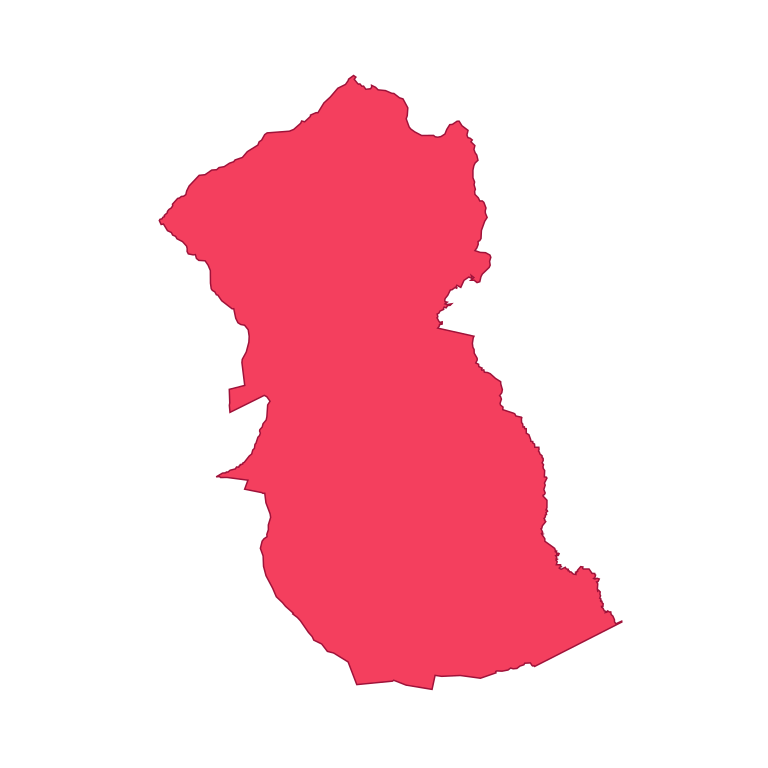 Sacaseni, Satu Mare, Romania (Equal Earth projection), rotated 170°
{"feature_id": "2599482B48586457316120", "entity_name": "Sacaseni", "entity_type": "district", "adm_level": 2, "iso_a3": "ROU", "parent_name": "Romania", "parent_adm1": "Satu Mare", "projection": "equal_earth", "projection_center": [22.68, 47.446], "detail": "fine", "context": "isolated", "style": "filled", "palette": "rose", "viewbox_px": 768, "rotation_deg": 170, "n_neighbors": 0, "source": "geoboundaries", "source_scale": "gbopen_adm2", "svg_char_len": 6146}
<svg xmlns="http://www.w3.org/2000/svg" viewBox="0 0 768 768"><g transform="rotate(170 384 384)"><path d="M566.3,567.4L563.6,565.6L562.7,563.0L557.7,559.2L554.5,554.1L554.3,551.6L554.9,548.7L554.1,546.1L549.5,544.3L547.3,544.2L546.9,540.2L544.9,537.9L538.8,536.4L536.6,531.6L535.3,525.9L537.4,513.4L537.6,507.8L536.8,506.0L534.6,504.1L533.6,501.0L532.2,500.4L529.4,494.2L520.5,484.4L518.9,484.3L518.6,474.5L517.2,469.7L514.8,467.5L511.1,466.1L508.3,461.0L508.5,454.4L509.8,448.7L514.1,439.4L519.3,432.9L520.2,429.8L521.4,406.8L537.3,405.6L539.2,392.1L540.0,389.9L540.6,382.8L503.9,393.6L501.6,391.8L499.2,386.8L502.2,383.6L505.0,372.2L506.3,369.0L510.0,365.9L511.4,362.8L514.2,360.6L514.7,359.3L514.3,357.1L515.5,354.9L517.4,353.5L520.5,347.7L521.5,347.1L522.8,343.1L524.7,341.8L526.5,338.0L529.2,336.5L535.2,331.1L536.6,330.8L537.1,329.7L539.5,329.6L539.4,328.9L540.8,328.5L541.5,327.3L543.6,327.9L545.2,326.2L550.5,325.8L552.9,324.4L554.6,324.7L555.2,324.0L558.5,324.3L565.4,321.7L562.1,321.4L561.2,320.3L554.7,319.2L534.7,312.9L539.5,304.6L523.3,298.3L522.3,297.4L520.4,297.1L520.9,287.5L518.7,275.9L518.8,272.3L522.4,265.3L523.2,260.5L525.5,256.3L525.7,253.9L529.1,252.4L531.3,250.4L534.3,243.6L532.9,235.7L534.3,225.4L533.5,215.7L529.1,202.2L527.0,193.2L521.9,186.3L519.6,182.2L513.1,174.0L513.8,173.4L509.9,169.2L507.4,165.3L501.5,152.4L498.6,147.7L497.6,143.9L490.5,138.8L486.2,130.5L480.4,127.9L467.6,116.5L463.0,92.7L427.2,89.9L425.9,90.6L414.5,83.6L389.7,74.9L384.3,88.2L378.0,86.1L359.5,83.7L340.1,77.5L323.9,80.1L323.9,81.5L322.6,81.8L317.6,80.7L311.5,80.8L308.6,82.3L306.3,81.1L302.5,80.8L299.1,82.6L295.0,83.2L293.9,84.6L288.3,83.9L287.1,81.1L286.3,80.4L285.2,80.6L284.7,79.7L191.1,108.3L191.1,109.2L197.2,107.6L198.3,109.7L198.0,111.9L198.9,115.7L200.3,117.5L200.3,120.2L201.5,120.2L203.1,121.7L204.2,120.5L205.7,120.5L204.9,121.5L206.5,122.4L207.2,125.0L208.4,126.3L208.4,127.2L207.0,127.0L206.3,129.6L207.2,130.6L207.1,131.7L208.0,132.2L207.6,132.7L208.3,133.0L207.7,134.6L208.8,135.6L207.5,137.8L207.9,139.5L207.2,141.7L208.5,143.7L209.5,143.0L209.5,145.0L208.2,150.1L209.0,152.2L207.5,152.3L205.9,154.6L207.9,155.7L210.1,155.3L211.3,156.0L209.9,156.8L208.8,159.1L209.4,159.7L209.4,160.8L212.0,161.4L214.2,166.2L219.8,167.2L220.4,167.9L219.9,169.3L222.0,170.0L225.9,166.8L225.8,166.0L227.9,165.4L227.3,164.7L228.1,164.2L228.1,163.1L230.5,163.9L232.5,166.5L233.8,166.7L234.1,167.8L235.2,168.3L234.7,169.5L236.7,170.3L237.3,172.0L241.7,170.8L243.4,172.1L243.0,172.9L241.1,173.3L241.7,174.4L241.5,175.3L245.7,176.1L244.3,178.9L245.2,180.7L243.7,181.4L244.7,182.1L244.0,183.4L244.7,185.1L242.1,184.9L241.0,186.5L241.6,187.0L243.4,186.5L243.1,187.8L243.7,188.3L243.1,189.3L244.3,189.4L243.8,190.4L244.4,191.1L244.4,192.4L252.9,201.2L252.5,203.7L254.6,208.4L253.5,208.7L254.7,209.5L253.5,210.4L254.5,214.2L253.6,214.6L252.7,216.8L248.6,220.4L249.6,222.2L249.2,222.8L249.7,223.9L248.2,225.1L247.9,226.9L246.6,227.2L246.8,229.3L245.0,230.3L245.3,231.4L246.3,231.9L245.0,234.0L243.7,241.2L246.8,246.0L246.7,246.8L245.2,247.3L244.2,248.7L244.9,252.4L242.8,256.4L243.2,258.6L239.9,263.0L240.2,264.0L242.2,264.7L240.8,270.9L241.8,273.1L241.8,275.0L240.9,276.8L242.0,278.9L240.5,281.0L240.2,283.2L241.1,284.0L240.8,285.8L242.7,288.2L242.8,289.9L243.5,291.0L242.7,292.6L242.5,294.8L246.5,295.5L246.2,298.7L247.8,300.3L247.5,301.5L249.4,302.1L249.2,303.8L250.1,308.9L252.4,310.8L251.7,315.3L253.2,315.6L253.2,317.4L254.5,317.5L254.4,320.7L255.2,322.1L254.7,326.0L254.1,326.8L254.4,327.4L259.7,329.6L260.4,331.9L261.4,332.7L271.5,338.1L270.8,340.6L272.9,343.0L273.1,344.7L271.0,348.7L271.4,351.3L272.2,352.4L269.5,355.0L268.4,357.9L269.0,363.8L268.7,366.0L273.2,370.1L277.6,375.7L280.0,377.3L283.1,378.2L283.3,380.6L285.2,380.6L285.5,381.5L284.6,382.6L287.6,384.7L287.4,387.0L290.0,388.8L288.0,391.5L287.8,393.2L289.8,398.7L289.3,402.4L290.1,404.7L289.9,408.7L288.1,414.0L287.1,415.4L321.4,429.7L319.6,431.3L319.1,432.7L315.7,433.0L317.3,433.5L316.1,433.9L315.9,435.1L318.3,435.0L319.0,436.1L320.3,440.0L319.3,440.8L319.5,443.7L317.7,444.2L316.2,446.1L312.3,447.1L312.3,448.1L311.4,449.3L309.6,448.2L307.7,450.2L305.2,450.0L303.5,451.2L308.2,451.3L310.0,452.3L307.5,453.6L309.6,454.5L309.6,456.1L308.9,457.6L305.8,460.3L302.3,465.1L300.7,465.0L297.3,466.7L295.8,465.7L295.5,466.2L296.3,467.0L295.1,468.6L291.6,465.8L287.2,472.2L281.9,474.6L279.5,473.0L279.0,474.0L279.2,475.7L277.0,473.2L280.5,471.1L277.2,470.5L274.8,467.7L271.9,468.1L269.9,472.8L268.1,475.2L260.2,480.5L258.8,482.6L258.7,486.5L256.8,490.2L257.3,492.6L261.2,495.7L266.4,496.9L271.3,499.6L269.0,501.8L267.0,505.1L266.6,508.0L264.8,508.6L263.2,510.4L261.4,518.3L256.6,526.7L253.5,530.1L254.5,534.7L254.2,537.0L253.0,539.6L254.1,545.5L255.4,547.2L257.9,547.6L258.8,551.0L261.5,554.9L261.3,558.0L260.2,559.9L260.7,564.6L259.7,567.2L260.6,571.6L259.3,579.1L257.6,583.4L255.9,585.8L252.6,588.0L252.9,593.4L254.1,595.9L254.7,599.4L253.1,603.0L256.3,607.4L254.7,609.0L256.4,611.0L258.6,612.1L259.1,614.8L257.2,619.2L262.4,624.8L264.4,629.8L266.4,630.1L271.6,627.8L274.2,628.0L278.0,623.8L280.6,619.6L284.9,617.8L288.2,617.7L290.7,618.6L292.0,620.2L303.8,622.2L310.0,627.0L313.3,630.4L314.6,632.7L316.1,641.3L314.5,644.2L312.6,651.8L315.8,661.5L319.1,663.2L323.8,668.4L325.8,668.9L331.6,672.7L338.7,674.7L340.8,677.7L344.4,680.3L344.6,678.5L346.0,677.1L350.7,677.4L352.4,680.9L354.1,681.1L355.6,683.7L357.1,683.7L357.9,684.7L360.4,689.3L358.4,691.1L360.4,693.1L365.9,690.4L366.7,688.9L369.9,685.7L378.1,683.3L387.1,675.9L394.3,671.3L402.0,662.6L403.8,663.0L409.7,661.6L410.0,660.3L416.6,656.0L419.4,657.3L420.8,655.2L428.7,650.4L433.3,649.4L455.5,651.6L458.2,650.3L462.2,645.4L464.9,644.2L466.7,641.2L478.2,636.6L484.1,631.7L491.8,630.5L493.4,629.0L497.8,628.3L503.6,625.8L508.9,625.8L511.6,624.1L516.5,624.6L523.9,621.2L529.8,621.6L541.5,612.9L544.8,608.4L546.3,604.9L548.8,603.7L551.0,603.9L553.1,602.7L555.0,602.6L561.1,597.8L561.1,596.3L562.8,594.4L565.5,593.2L567.3,591.6L567.6,590.3L571.1,588.2L571.2,586.9L572.8,586.6L574.0,585.2L576.0,585.1L576.9,584.0L575.8,579.8L573.4,579.8L570.6,572.6L567.1,570.1L566.3,567.4Z" fill="#f43f5e" stroke="#9f1239" stroke-width="1.5"/></g></svg>